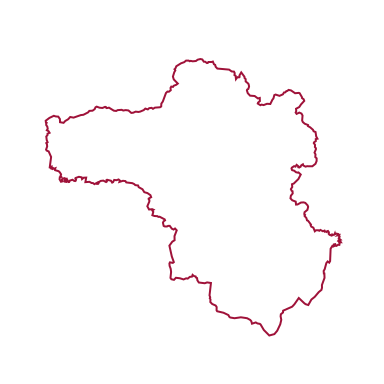 Saba Yoi, Songkhla, Thailand (Albers equal-area conic projection), rotated 97°
{"feature_id": "78962969B77762889714040", "entity_name": "Saba Yoi", "entity_type": "district", "adm_level": 2, "iso_a3": "THA", "parent_name": "Thailand", "parent_adm1": "Songkhla", "projection": "albers", "projection_center": [100.916, 6.501], "detail": "fine", "context": "isolated", "style": "outline", "palette": "rose", "viewbox_px": 384, "rotation_deg": 97, "n_neighbors": 0, "source": "geoboundaries", "source_scale": "gbopen_adm2", "svg_char_len": 5893}
<svg xmlns="http://www.w3.org/2000/svg" viewBox="0 0 384 384"><g transform="rotate(97 192 192)"><path d="M273.9,203.0L279.9,202.9L281.1,201.8L281.4,199.2L279.1,197.5L279.1,193.5L279.8,189.7L278.4,187.3L278.5,185.7L276.5,183.8L276.0,181.7L274.2,181.3L275.2,179.8L275.4,178.1L276.4,177.6L276.8,176.5L279.0,175.9L281.0,174.2L281.0,168.2L279.9,166.0L280.0,162.1L292.5,162.0L294.3,161.1L295.3,161.4L296.3,160.6L299.0,160.4L300.7,158.3L301.8,154.7L303.2,153.5L306.4,153.2L307.3,152.5L308.0,146.0L309.7,140.9L311.3,139.8L311.9,138.8L312.1,134.4L310.4,128.2L310.5,123.6L310.6,121.8L311.9,118.6L313.0,117.4L315.4,116.4L313.7,112.8L314.5,111.0L314.6,108.7L315.1,107.8L320.2,103.9L325.0,97.8L323.0,92.9L319.3,90.5L312.6,88.3L308.0,87.8L304.6,88.9L302.5,88.9L300.5,87.0L298.7,87.1L293.6,78.6L291.0,76.7L284.2,73.1L288.7,67.0L289.5,65.6L290.0,62.8L284.2,60.4L281.1,57.4L275.9,54.0L273.4,51.6L271.2,51.3L268.5,51.7L261.1,50.0L256.8,50.7L256.8,51.2L254.3,51.7L252.5,50.9L246.2,50.0L244.4,48.9L245.4,47.2L243.8,46.5L231.4,47.5L228.1,46.0L228.0,45.4L228.8,45.0L228.0,43.7L226.9,43.6L227.1,44.6L226.7,44.7L226.3,43.5L227.9,42.6L227.9,42.1L226.5,40.5L226.5,39.3L225.0,39.2L223.8,39.9L223.7,38.1L223.2,38.5L222.7,40.9L222.0,40.6L221.3,38.8L220.0,40.7L218.5,40.0L217.9,40.7L216.7,40.5L217.2,42.0L216.4,41.3L215.9,41.6L215.7,43.9L216.2,44.5L217.0,44.5L215.6,45.1L217.0,45.5L217.4,46.7L217.1,47.5L217.9,47.5L218.3,48.4L217.7,49.3L217.8,50.2L216.9,51.2L215.3,51.2L214.1,52.3L214.4,53.0L215.3,53.4L214.9,54.5L215.2,55.3L214.2,55.8L215.0,57.3L214.0,60.0L215.0,61.0L214.6,61.9L214.9,64.3L216.0,65.3L212.6,67.2L211.8,69.4L210.3,70.3L209.8,70.0L206.4,73.3L206.1,74.4L203.9,75.3L202.0,77.4L200.9,77.0L200.2,77.9L198.3,77.8L195.7,75.3L192.6,74.9L191.2,75.6L189.0,78.2L188.7,80.0L189.2,82.6L191.5,85.7L191.8,87.2L188.9,87.9L188.0,91.5L186.3,93.5L183.6,93.4L181.2,91.9L179.0,92.3L178.7,93.2L177.1,94.2L174.8,93.1L172.1,93.7L171.2,92.0L166.2,88.0L161.4,86.2L159.6,88.7L159.9,89.5L159.7,91.2L158.4,93.2L158.1,95.3L156.6,96.1L155.7,95.9L153.9,93.8L154.2,92.4L152.3,91.5L153.2,90.0L154.5,89.5L154.6,88.5L153.8,88.0L153.8,87.4L152.2,86.8L151.0,85.3L152.1,84.8L153.0,82.4L152.4,81.0L151.8,75.7L149.0,72.9L146.1,72.1L143.4,72.4L142.3,73.9L139.6,74.0L138.0,75.2L134.4,74.2L133.4,74.4L132.4,75.5L130.2,75.6L128.6,77.1L127.8,76.9L126.4,75.3L124.4,75.6L123.8,74.0L121.7,75.5L117.4,76.7L116.9,78.7L115.5,79.5L113.4,82.6L112.4,85.0L111.4,85.0L110.5,88.4L109.1,90.5L107.6,91.4L102.6,91.6L100.8,92.9L100.1,95.2L101.7,97.7L100.5,98.8L99.0,98.4L96.7,98.9L94.6,95.9L91.8,94.5L87.9,91.7L86.3,92.5L85.4,94.2L84.5,94.4L80.8,97.2L80.6,98.1L81.4,101.7L79.1,106.1L78.9,108.6L80.0,109.6L80.4,110.7L81.7,111.5L82.0,112.8L84.0,113.7L85.9,116.9L85.1,120.9L85.8,122.1L89.3,122.6L90.5,123.4L95.1,125.0L95.3,128.3L97.0,131.5L96.8,133.6L97.5,134.7L96.2,137.5L95.2,137.3L93.5,135.7L90.4,136.2L91.1,138.0L89.1,141.5L89.3,146.1L87.1,148.7L84.5,149.9L83.6,149.7L82.9,148.7L80.5,148.2L79.0,148.6L77.6,149.3L75.7,152.2L73.4,152.5L72.5,153.7L71.2,154.0L67.3,157.7L70.5,159.1L72.0,158.8L72.5,159.3L72.5,160.9L74.6,162.1L71.3,162.9L70.8,164.1L68.8,164.1L67.4,165.0L67.5,167.3L66.0,170.1L66.4,181.9L64.8,183.8L63.0,184.5L62.5,185.8L60.0,187.2L60.6,188.4L61.0,191.6L62.0,192.1L62.2,192.9L61.1,194.8L61.2,196.2L59.2,197.9L59.0,199.9L60.0,202.5L61.5,204.1L62.2,207.3L62.0,209.2L62.5,210.2L62.0,211.3L62.3,213.9L64.1,215.6L65.6,218.6L69.1,222.9L71.6,223.6L72.3,224.3L73.4,223.4L75.3,224.2L79.8,225.0L82.5,223.8L86.1,219.3L87.5,220.7L88.8,223.1L90.0,223.7L89.9,225.4L91.3,226.0L93.6,225.5L95.3,227.2L95.3,228.6L96.9,229.9L105.8,232.0L108.0,233.2L110.9,233.0L111.8,234.1L112.8,239.1L114.2,240.9L113.4,242.3L114.0,244.7L115.4,245.9L114.9,248.5L116.6,249.9L118.5,253.2L119.1,254.9L119.1,257.7L120.5,260.1L120.9,261.9L118.8,265.0L118.8,267.8L119.5,270.2L119.0,271.8L119.8,275.8L120.8,277.1L120.8,279.5L118.4,284.7L119.1,286.7L119.1,287.2L118.1,287.9L118.1,288.7L119.5,291.1L119.6,294.0L118.9,297.0L119.7,298.1L121.6,298.7L123.4,300.6L124.0,303.8L125.6,304.8L128.6,309.2L129.2,311.7L132.6,318.6L132.4,322.0L134.9,323.8L136.9,326.4L139.0,327.9L138.8,331.5L135.7,332.0L133.5,333.9L133.6,336.6L133.2,338.4L135.8,342.5L139.1,345.9L140.7,345.5L141.1,344.7L141.9,345.1L143.4,344.8L144.7,343.6L146.9,342.9L148.4,343.6L149.1,341.8L150.6,340.6L151.7,342.5L153.2,342.4L154.7,343.4L158.2,342.5L160.2,341.4L161.2,342.6L162.3,341.8L164.4,341.3L167.7,342.0L168.6,341.3L169.2,339.2L174.4,336.1L185.0,336.2L185.1,335.8L183.9,334.4L185.1,334.1L185.9,334.4L186.2,333.2L185.2,332.7L185.7,331.8L185.1,330.6L186.4,330.9L187.0,330.6L187.6,326.9L188.6,325.6L190.4,324.1L191.8,324.4L193.0,323.5L193.4,325.0L195.5,325.0L197.8,323.3L197.4,322.3L195.2,322.6L193.8,320.5L194.1,319.2L196.9,320.3L197.2,320.0L197.3,318.0L196.4,317.8L195.7,318.3L194.5,317.7L197.2,315.9L197.0,315.1L195.6,314.7L194.4,312.1L195.3,310.4L195.4,309.3L195.0,308.8L193.8,308.6L193.0,309.4L192.3,309.3L190.7,306.1L190.9,303.3L192.6,302.7L191.0,301.2L190.6,298.8L195.2,299.0L194.4,295.0L195.3,292.8L195.2,291.4L196.1,289.8L194.2,287.1L195.5,287.0L195.3,286.1L193.2,285.3L192.1,283.9L191.5,281.4L192.6,278.5L192.0,277.8L190.6,278.3L190.2,277.8L190.7,273.8L192.4,272.4L191.8,271.5L189.5,270.7L189.5,268.4L188.5,266.4L189.5,264.9L190.8,265.2L189.3,261.9L189.3,259.4L190.5,258.4L190.5,252.3L191.2,250.3L192.1,249.1L192.1,246.3L193.7,245.5L195.3,241.5L198.0,239.3L198.5,236.1L200.2,232.9L202.1,231.9L203.8,234.2L204.7,234.0L205.2,233.3L206.7,233.2L211.6,234.6L214.6,232.5L213.9,229.4L214.3,228.1L215.2,229.1L216.5,228.0L219.9,228.5L220.4,226.4L220.2,223.4L220.8,222.4L220.5,221.1L222.5,215.8L223.4,215.3L224.5,216.6L226.0,217.1L229.1,216.0L229.5,215.0L229.3,212.7L228.5,211.5L228.3,210.0L230.9,207.5L231.5,205.7L230.3,204.4L231.9,202.5L237.9,204.0L242.0,203.4L243.7,205.5L248.0,207.9L258.4,204.2L263.8,201.5L264.7,202.4L264.5,205.3L265.7,205.7L268.1,205.2L270.8,203.8L273.9,203.0Z" fill="none" stroke="#9f1239" stroke-width="2"/></g></svg>